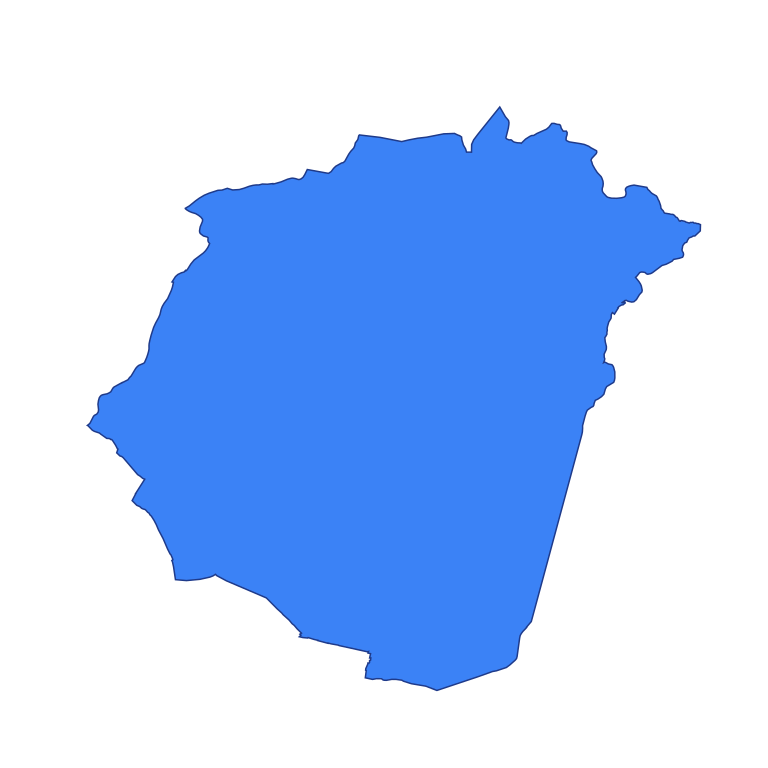 Galapa, Atlántico, Colombia, rotated 190°
{"feature_id": "7082276B48939635057029", "entity_name": "Galapa", "entity_type": "district", "adm_level": 2, "iso_a3": "COL", "parent_name": "Colombia", "parent_adm1": "Atlántico", "projection": "robinson", "projection_center": [-74.884, 10.897], "detail": "fine", "context": "isolated", "style": "filled", "palette": "blue", "viewbox_px": 768, "rotation_deg": 190, "n_neighbors": 0, "source": "geoboundaries", "source_scale": "gbopen_adm2", "svg_char_len": 6154}
<svg xmlns="http://www.w3.org/2000/svg" viewBox="0 0 768 768"><g transform="rotate(190 384 384)"><path d="M227.2,119.7L223.4,121.1L214.2,126.1L211.2,129.3L206.9,134.7L205.8,136.6L205.6,138.8L206.3,157.6L206.2,160.0L205.4,162.2L204.3,164.4L202.0,167.8L201.2,169.1L201.4,169.3L197.7,175.6L180.4,368.4L180.3,371.2L180.7,374.8L181.2,377.4L180.4,387.3L179.8,391.6L179.2,393.6L176.0,396.9L174.2,398.2L173.7,399.5L173.7,401.4L173.1,404.6L170.7,406.3L167.6,409.3L165.7,412.1L165.1,417.6L164.2,420.2L158.1,425.5L157.7,427.4L157.7,430.0L158.8,436.0L160.8,440.4L161.9,441.8L162.9,442.6L166.5,442.7L169.8,443.8L170.6,443.8L171.4,443.2L170.9,446.0L171.0,447.3L171.7,448.4L172.4,451.6L171.1,456.5L171.2,457.9L171.5,459.6L173.4,463.9L174.6,468.0L173.9,469.3L173.1,471.8L173.5,473.7L173.4,475.6L173.9,477.4L173.9,479.3L173.4,484.2L172.2,487.0L171.8,488.4L172.2,491.9L171.5,494.0L169.2,492.8L166.5,499.5L166.9,499.7L166.1,501.1L163.7,503.1L162.3,503.5L160.5,505.7L161.4,507.0L162.0,506.2L163.5,505.3L163.7,505.5L162.4,506.7L161.3,508.0L159.9,508.5L158.2,507.9L154.3,507.7L152.2,508.4L150.1,510.9L148.0,516.3L146.0,519.4L146.0,521.2L147.6,525.2L148.7,526.9L150.6,529.0L154.8,532.7L153.9,533.8L151.5,538.2L149.9,539.0L147.9,539.2L146.1,539.1L144.7,538.1L143.3,537.9L140.6,539.0L139.0,540.2L130.8,549.0L127.0,550.9L124.8,552.5L121.6,555.0L120.4,557.0L115.0,559.1L112.0,560.7L111.5,562.3L111.5,563.7L112.0,565.1L113.1,566.4L113.8,567.7L113.8,572.1L112.4,575.0L110.5,576.2L109.9,578.6L108.9,580.9L106.6,582.2L105.2,583.4L103.5,583.8L99.1,589.7L100.0,595.9L102.3,596.5L103.9,596.3L104.9,596.6L106.7,596.3L107.3,596.8L107.9,596.9L109.0,596.5L110.4,596.3L111.3,595.5L115.2,596.0L115.8,596.4L119.6,596.6L120.1,596.4L120.4,595.8L121.4,595.8L123.9,598.5L124.5,598.9L125.7,599.1L127.2,600.5L128.9,601.2L131.1,600.9L132.0,601.1L137.2,601.0L137.8,601.3L139.2,603.1L140.1,603.7L141.7,605.1L142.6,607.8L144.8,611.8L146.2,613.5L147.1,615.1L148.4,616.5L153.1,618.2L154.7,619.2L156.1,620.4L157.9,621.4L159.3,623.3L172.3,623.3L175.1,622.3L177.0,621.4L179.1,620.0L180.0,618.5L180.0,617.0L179.1,615.2L178.6,613.2L178.9,611.1L179.5,610.2L180.3,609.6L182.6,608.6L187.0,607.3L192.3,606.5L195.9,606.7L197.2,607.2L201.3,610.3L202.3,611.6L202.8,612.9L203.0,614.8L202.7,616.8L202.9,619.4L203.6,621.8L205.2,624.6L206.2,625.9L210.7,629.3L213.8,632.6L216.7,636.2L217.9,638.7L218.9,640.1L218.9,641.0L218.4,642.5L215.0,647.7L214.7,649.3L215.2,650.6L221.0,652.5L223.7,653.7L228.3,654.7L232.5,654.8L243.6,654.6L246.2,655.3L247.1,656.0L247.4,658.6L247.0,661.3L247.3,663.5L248.4,664.7L251.4,664.1L253.6,666.4L254.2,667.3L254.8,668.8L255.6,669.7L256.2,670.0L258.6,669.8L261.8,670.2L264.1,669.7L266.2,665.6L268.3,663.1L276.9,657.3L279.7,654.8L281.8,654.3L283.5,653.1L287.1,649.8L290.7,644.8L291.4,645.1L294.4,644.7L297.6,644.8L299.1,645.3L300.8,646.4L301.5,646.5L303.2,646.1L305.5,646.6L306.5,647.3L306.7,647.7L306.0,657.6L306.1,661.4L306.3,663.1L307.1,665.1L310.9,668.3L318.1,676.9L334.9,646.3L338.1,640.0L339.3,635.2L338.1,627.5L343.0,626.7L344.4,629.6L347.3,633.1L349.7,637.9L350.5,640.7L352.6,641.7L354.5,642.0L358.1,643.0L368.7,640.7L384.8,634.5L393.5,631.9L401.9,628.7L408.7,625.8L430.7,626.2L451.5,625.0L452.0,624.1L452.2,620.5L452.5,619.6L454.1,616.4L454.2,613.5L454.8,611.1L457.2,607.3L458.6,604.3L461.2,596.7L462.5,595.0L464.3,594.2L469.3,590.1L471.1,587.6L472.9,584.0L474.8,582.2L475.4,581.8L476.9,581.8L496.8,581.9L498.4,576.4L499.6,573.5L501.2,571.7L502.6,570.8L504.0,570.5L506.8,570.9L509.5,570.9L511.1,570.5L514.6,568.9L520.4,565.2L526.2,562.4L528.0,561.7L528.2,562.1L533.5,560.5L538.5,559.8L541.8,558.3L544.6,557.8L547.5,556.9L550.9,555.4L555.9,552.5L560.2,550.4L566.7,548.8L572.3,549.5L577.3,546.8L581.2,545.9L589.3,541.6L593.8,538.7L598.3,534.8L601.4,531.6L606.7,525.5L610.2,522.5L610.0,522.1L608.4,521.2L605.8,520.2L603.2,519.6L599.1,519.1L595.9,517.9L593.3,516.5L591.4,514.8L591.2,514.3L591.0,512.7L592.3,506.8L592.3,503.1L592.0,501.7L591.1,500.3L588.3,498.8L587.4,498.4L584.0,498.1L582.8,497.6L582.6,497.2L582.4,495.1L582.0,494.0L581.3,493.0L580.1,492.1L580.9,488.8L581.5,487.1L582.9,484.2L584.6,481.7L592.5,473.2L595.1,468.6L597.4,462.9L598.3,461.5L598.8,461.0L599.2,461.4L600.4,459.5L602.8,458.4L606.0,456.1L608.0,453.6L610.4,447.9L610.5,447.7L609.0,447.6L609.2,442.6L609.7,439.2L611.9,430.5L614.5,425.4L615.8,421.9L616.4,418.9L616.7,413.5L617.5,410.2L619.5,404.3L620.7,399.7L621.8,391.6L622.2,386.2L622.3,383.0L622.1,381.0L621.5,377.7L621.5,375.4L621.8,372.2L622.3,368.9L623.6,363.5L624.4,362.6L628.8,359.7L630.0,358.3L631.2,356.3L634.4,348.0L635.7,346.2L636.9,343.7L642.6,339.4L642.6,339.6L649.2,334.3L650.0,333.3L650.5,332.2L651.7,328.9L653.1,327.6L654.9,326.3L658.9,324.7L660.4,323.8L661.3,322.6L662.0,321.0L662.3,318.2L662.2,314.5L660.6,308.9L660.6,306.6L661.7,304.4L663.7,302.9L664.5,301.7L666.7,294.5L667.1,293.8L668.9,291.7L668.2,291.5L663.3,287.9L661.1,287.1L655.7,286.3L654.0,285.3L647.6,282.3L645.0,282.6L644.1,282.3L643.7,281.9L642.5,282.0L641.3,281.0L637.6,277.0L635.2,273.8L634.7,273.7L635.3,269.8L631.6,267.3L629.8,267.1L628.1,266.2L610.9,252.0L608.0,250.8L605.3,249.2L603.1,248.7L609.6,233.0L609.4,233.0L611.8,225.4L606.4,221.6L603.3,220.9L601.1,219.5L599.5,219.1L597.5,218.9L596.5,218.3L594.5,216.7L592.8,215.9L591.9,214.6L590.2,213.5L586.9,209.9L583.8,205.9L580.7,201.1L574.7,193.4L568.4,183.8L565.1,179.4L564.2,178.8L562.0,175.5L561.4,174.2L562.3,173.4L561.3,171.8L559.5,167.4L555.4,155.1L544.4,156.1L531.3,159.7L521.9,163.6L519.0,165.4L516.9,167.3L515.6,166.3L505.0,162.8L462.7,152.9L450.0,143.9L444.9,140.7L443.3,139.3L436.4,135.0L432.9,132.0L430.5,130.7L426.9,127.7L422.0,124.3L423.4,123.0L422.2,122.2L423.5,120.4L419.8,120.2L415.0,120.6L414.7,121.1L408.5,120.3L404.5,120.1L404.6,119.8L394.1,118.9L394.1,119.2L390.9,118.9L383.8,118.9L382.8,118.6L354.0,117.4L352.8,117.9L353.1,116.3L350.4,116.1L350.6,111.7L349.4,111.9L349.3,109.6L350.2,109.2L349.9,107.4L350.2,106.6L351.4,106.4L351.3,105.5L352.5,100.6L352.4,98.9L351.7,98.7L351.4,91.4L344.0,91.1L340.2,92.5L335.3,93.3L333.6,92.4L332.4,92.3L330.2,92.6L325.0,94.5L320.9,95.2L315.0,95.4L313.2,94.7L305.0,93.6L290.5,93.7L278.7,91.4L241.6,111.5L227.2,119.7Z" fill="#3b82f6" stroke="#1e3a8a" stroke-width="1.5"/></g></svg>